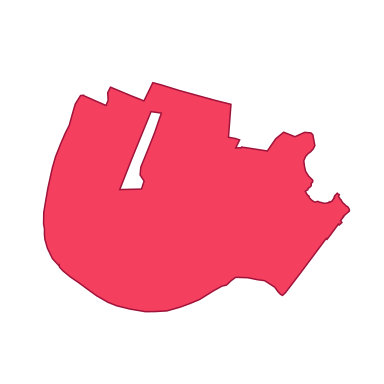 the district of Tatakamotonga, Tongatapu, Tonga, rotated 81°
{"feature_id": "48082658B12474943410263", "entity_name": "Tatakamotonga", "entity_type": "district", "adm_level": 2, "iso_a3": "TON", "parent_name": "Tonga", "parent_adm1": "Tongatapu", "projection": "albers", "projection_center": [-175.133, -21.226], "detail": "fine", "context": "isolated", "style": "filled", "palette": "rose", "viewbox_px": 384, "rotation_deg": 81, "n_neighbors": 0, "source": "geoboundaries", "source_scale": "gbopen_adm2", "svg_char_len": 2032}
<svg xmlns="http://www.w3.org/2000/svg" viewBox="0 0 384 384"><g transform="rotate(81 192 192)"><path d="M79.5,284.0L79.3,287.0L86.8,293.5L95.3,297.5L106.9,302.8L114.4,308.2L123.1,313.7L135.5,321.1L146.4,326.2L165.8,333.8L177.3,337.7L188.9,341.6L200.3,343.6L205.5,343.5L210.8,344.4L215.8,344.7L224.9,343.6L236.1,340.2L244.0,334.9L243.6,334.6L245.5,334.6L249.9,331.6L256.9,325.4L263.4,318.5L271.2,310.8L279.5,302.5L287.7,292.4L292.5,284.4L297.9,271.6L302.9,256.8L304.3,247.3L305.5,235.4L303.9,222.0L301.8,211.3L299.4,201.5L292.8,185.8L289.6,177.0L289.5,174.8L289.3,172.4L285.8,167.4L283.1,162.2L285.4,150.3L288.9,140.9L290.9,134.2L298.8,125.3L304.2,122.5L306.9,120.6L308.3,118.8L306.1,115.5L289.5,98.1L258.9,66.7L259.9,66.0L255.1,61.0L246.6,52.4L247.6,51.8L245.6,48.7L243.5,49.7L239.9,45.9L239.6,46.2L235.5,39.6L234.0,39.3L232.8,39.7L231.8,40.1L231.1,40.4L230.5,41.0L230.0,41.9L228.6,42.8L226.4,44.6L225.0,45.4L223.2,45.9L221.6,47.1L220.8,47.3L220.3,47.7L219.2,47.9L217.6,46.9L216.9,48.0L215.9,48.7L218.1,51.7L219.2,51.8L219.4,52.6L220.5,52.6L220.8,53.3L221.6,53.9L222.3,54.8L222.9,55.0L223.7,57.7L223.2,58.0L223.8,58.4L224.0,61.5L223.8,63.4L222.8,65.7L222.3,66.4L222.4,67.1L220.9,69.1L221.1,70.6L221.3,71.5L220.9,72.8L220.5,73.3L218.4,75.4L216.1,76.9L214.6,77.1L213.9,77.4L213.6,78.1L212.3,78.7L212.3,78.8L209.0,80.0L207.8,77.1L206.3,76.6L206.0,75.2L204.4,73.2L202.3,73.0L201.0,71.3L199.3,70.9L194.6,74.3L189.6,76.5L184.6,76.9L178.6,76.7L174.6,74.2L172.4,71.6L170.8,68.5L168.5,65.6L165.4,63.4L154.4,63.7L152.2,65.3L150.7,71.5L153.0,79.8L153.5,81.6L147.3,92.1L152.4,100.8L157.6,105.8L163.3,111.2L157.9,127.9L155.4,135.9L156.0,136.3L155.3,141.9L148.0,136.8L145.9,140.9L143.6,147.4L111.5,139.8L104.5,156.2L89.7,188.8L81.5,205.4L77.9,213.6L83.7,217.6L94.5,225.2L87.2,237.5L75.7,256.1L80.7,259.7L88.4,260.5L93.1,263.4L79.8,284.1L79.5,284.0ZM106.2,219.9L109.3,209.9L127.7,219.7L144.8,229.8L159.5,238.7L167.0,240.6L173.7,237.6L181.2,241.4L178.3,263.0L150.5,246.7L106.2,219.9Z" fill="#f43f5e" stroke="#9f1239" stroke-width="1.5"/></g></svg>